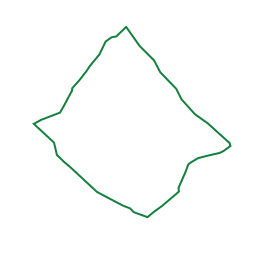 Manlai, Ömnögovi, Mongolia (Equal Earth projection), rotated 236°
{"feature_id": "93677404B4911354311054", "entity_name": "Manlai", "entity_type": "district", "adm_level": 2, "iso_a3": "MNG", "parent_name": "Mongolia", "parent_adm1": "Ömnögovi", "projection": "equal_earth", "projection_center": [107.044, 43.953], "detail": "fine", "context": "isolated", "style": "outline", "palette": "green", "viewbox_px": 256, "rotation_deg": 236, "n_neighbors": 0, "source": "geoboundaries", "source_scale": "gbopen_adm2", "svg_char_len": 759}
<svg xmlns="http://www.w3.org/2000/svg" viewBox="0 0 256 256"><g transform="rotate(236 128 128)"><path d="M58.7,203.8L87.4,196.7L102.0,191.2L121.8,188.4L133.6,189.9L156.1,185.9L169.4,187.4L189.5,183.5L212.4,183.0L212.8,182.9L210.5,169.5L212.4,165.0L212.2,157.8L205.0,145.5L200.7,131.0L198.4,125.4L194.7,114.1L192.2,104.1L190.3,102.5L183.2,89.1L178.8,80.3L180.1,74.5L183.3,60.7L184.1,52.2L157.3,58.5L145.4,54.0L135.4,56.1L127.6,58.3L92.1,66.6L78.9,73.7L72.9,76.9L66.0,80.7L60.2,84.8L55.0,85.7L43.2,94.3L44.0,102.8L44.3,112.3L46.8,134.6L50.1,136.4L60.0,152.0L63.9,157.3L64.2,158.4L64.3,161.2L63.8,169.3L60.8,177.8L59.5,181.2L56.1,190.0L55.5,194.3L55.8,202.9L56.7,203.2L56.9,203.2L58.1,203.6L58.7,203.8Z" fill="none" stroke="#15803d" stroke-width="2"/></g></svg>